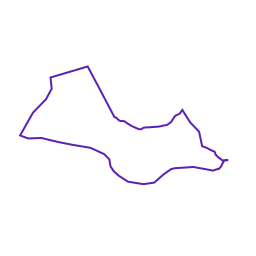 Bois Patat, Castries, Saint Lucia, rotated 191°
{"feature_id": "8701671B97832675692274", "entity_name": "Bois Patat", "entity_type": "district", "adm_level": 2, "iso_a3": "LCA", "parent_name": "Saint Lucia", "parent_adm1": "Castries", "projection": "robinson", "projection_center": [-60.983, 14.009], "detail": "fine", "context": "isolated", "style": "outline", "palette": "violet", "viewbox_px": 256, "rotation_deg": 191, "n_neighbors": 0, "source": "geoboundaries", "source_scale": "gbopen_adm2", "svg_char_len": 1410}
<svg xmlns="http://www.w3.org/2000/svg" viewBox="0 0 256 256"><g transform="rotate(191 128 128)"><path d="M31.2,104.9L29.3,108.0L28.5,111.0L27.5,114.2L23.5,115.7L25.4,115.4L26.1,115.1L29.4,114.1L30.6,115.1L32.5,115.8L34.3,116.8L35.7,117.8L37.3,118.9L37.5,119.8L37.9,120.6L38.7,121.4L40.2,121.6L41.4,121.8L46.5,123.4L47.3,123.6L48.1,123.7L51.1,124.2L51.8,124.4L57.5,137.9L68.3,145.6L78.1,156.1L78.3,155.7L78.5,155.5L78.9,154.4L79.7,152.4L80.5,151.5L82.2,150.3L83.7,149.2L84.6,147.9L85.1,146.3L85.8,144.8L86.5,142.8L87.2,141.6L89.6,139.1L91.2,138.0L93.3,137.3L94.5,136.8L96.8,135.8L99.3,134.8L101.7,134.3L105.6,133.2L108.1,132.5L109.3,132.3L111.6,131.7L113.0,131.1L113.8,130.3L114.8,129.4L115.6,129.1L116.6,129.0L118.6,129.2L120.4,129.6L122.0,130.0L123.4,130.3L125.8,131.0L128.4,132.0L131.3,133.2L133.1,134.0L134.7,133.8L136.3,133.5L137.5,133.5L138.5,134.0L139.7,134.6L141.6,136.0L143.3,136.0L164.1,161.9L179.3,180.7L183.6,178.5L213.7,162.8L210.4,152.0L212.3,145.9L213.9,140.7L219.8,131.7L224.2,124.9L232.5,100.1L224.1,98.7L223.6,98.8L211.0,101.7L200.9,101.2L192.9,100.9L179.3,100.9L161.2,101.4L155.7,100.1L146.4,97.8L143.4,95.8L140.3,93.6L137.8,86.9L133.7,82.8L128.0,79.4L117.8,75.3L102.2,75.8L96.9,77.6L91.8,79.4L88.8,83.3L84.3,89.2L77.7,96.0L74.3,97.5L65.9,99.7L56.4,102.2L43.9,102.4L41.6,102.4L36.4,102.4L35.3,103.1L31.9,105.0L31.6,105.0L31.2,104.9Z" fill="none" stroke="#5b21b6" stroke-width="2"/></g></svg>